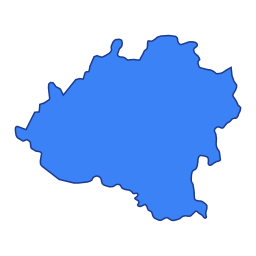 the border of Soria
{"feature_id": "ESP-5845", "entity_name": "Soria", "entity_type": "Autonomous Community", "adm_level": 1, "iso_a3": "ESP", "parent_name": "Spain", "parent_adm1": "", "projection": "orthographic", "projection_center": [-2.461, 41.603], "detail": "fine", "context": "isolated", "style": "filled", "palette": "blue", "viewbox_px": 256, "rotation_deg": 0, "n_neighbors": 0, "source": "natural_earth", "source_scale": "10m", "svg_char_len": 4343}
<svg xmlns="http://www.w3.org/2000/svg" viewBox="0 0 256 256"><path d="M231.1,67.4L232.0,75.7L233.9,81.2L236.6,85.0L236.6,86.3L236.4,87.7L235.9,89.1L235.3,90.4L234.6,91.5L233.2,94.0L232.8,95.5L233.3,96.8L234.2,97.9L236.3,101.2L237.4,103.4L237.7,104.6L238.4,105.6L239.3,106.1L240.6,107.7L240.3,110.1L239.8,111.6L238.9,113.2L237.9,116.1L236.8,117.6L235.7,118.3L234.5,118.2L233.2,118.5L231.9,119.2L230.5,120.9L229.3,121.9L226.9,123.2L224.7,125.9L223.9,127.0L223.1,127.8L222.0,128.1L219.6,127.3L218.6,126.8L217.8,126.9L217.2,127.0L216.5,127.5L215.8,128.0L214.8,129.1L214.5,130.3L214.6,131.5L214.9,132.6L215.6,133.4L216.4,138.2L216.1,144.2L216.6,147.0L217.4,149.0L218.3,150.0L219.0,151.2L219.5,152.7L220.4,160.0L219.7,160.6L218.6,161.1L217.3,161.4L216.1,161.8L214.0,163.0L211.7,164.7L210.6,165.2L209.5,165.2L208.7,164.6L208.2,163.6L208.3,162.4L208.4,161.0L208.4,159.7L208.2,158.4L207.6,157.4L206.7,156.7L204.5,156.0L200.6,155.4L199.2,156.2L198.5,157.4L198.1,158.7L197.9,160.0L197.9,161.3L197.7,162.9L197.0,166.7L196.3,168.1L195.5,169.2L194.6,169.8L193.7,170.1L192.9,170.8L192.1,172.0L191.4,175.2L191.2,180.9L192.3,183.2L192.8,184.1L193.1,185.2L194.1,191.7L194.4,198.1L194.9,199.4L195.8,200.2L196.9,200.6L199.3,201.0L200.5,201.0L201.8,201.4L202.9,201.9L205.7,204.1L206.8,205.5L206.9,208.1L205.8,212.5L206.0,215.7L206.4,216.8L206.1,217.7L205.3,218.1L204.3,217.8L203.5,217.0L202.8,216.0L202.0,215.1L198.8,213.1L197.8,212.2L197.1,211.4L196.0,211.1L195.0,211.8L190.8,215.8L189.6,216.2L188.4,216.2L185.4,215.8L183.1,216.2L181.6,217.1L180.1,218.4L178.4,219.2L176.5,219.8L173.3,220.5L171.5,220.2L169.2,218.9L168.2,218.1L166.6,217.6L165.1,218.1L160.9,220.3L159.1,220.2L155.6,218.7L154.2,217.8L153.3,216.7L152.7,215.4L152.0,212.9L151.5,211.9L150.6,211.3L149.1,210.5L148.4,210.1L148.1,209.6L147.6,208.7L147.3,207.6L146.8,206.4L146.2,205.3L145.0,204.5L143.9,204.9L142.5,205.6L140.4,206.5L139.0,206.3L138.0,205.8L137.6,204.9L138.8,203.0L138.9,201.9L138.2,200.7L135.9,199.4L134.9,198.6L135.1,197.9L137.1,196.5L137.7,195.4L138.0,194.5L137.3,193.4L136.2,193.3L135.0,193.4L133.9,193.7L132.9,193.2L132.2,192.3L131.1,191.1L129.0,190.1L125.9,189.6L123.6,188.9L122.1,188.1L121.4,187.0L120.7,185.8L119.7,184.6L118.0,184.4L116.7,184.4L115.5,185.0L114.3,185.8L112.9,186.6L109.7,186.8L104.8,185.4L103.3,184.6L102.2,183.5L101.5,181.1L101.3,179.9L100.9,178.6L100.2,177.4L98.0,176.2L96.4,176.0L94.9,176.5L93.8,177.0L93.0,177.9L92.3,178.9L91.9,180.0L89.8,181.3L87.0,182.0L78.4,183.0L73.9,183.0L59.1,179.4L42.0,166.2L40.6,164.3L40.3,161.4L41.5,154.0L41.5,153.2L41.0,152.5L40.1,151.8L35.7,151.0L31.6,148.5L31.1,147.8L30.8,146.9L30.4,142.9L30.1,142.1L28.8,140.7L27.3,139.9L26.3,139.7L23.9,140.9L22.9,141.0L17.7,137.9L16.7,136.6L16.1,135.1L15.5,131.5L15.4,128.7L15.6,127.5L16.3,126.7L17.3,126.4L26.0,129.6L34.7,112.3L39.2,111.9L39.8,104.4L44.1,103.0L49.0,99.8L49.4,99.3L49.7,98.6L48.5,87.9L48.7,84.2L50.5,82.5L53.0,82.8L55.0,85.3L55.5,86.2L56.1,86.8L59.5,88.5L60.4,89.2L63.3,95.1L75.7,79.7L79.6,78.6L83.2,79.1L85.0,73.1L85.5,72.3L86.5,71.8L87.7,71.8L88.7,71.6L89.3,70.0L90.0,66.1L94.1,56.7L96.9,55.7L101.9,57.3L105.8,55.4L109.3,53.3L110.8,51.7L111.5,50.2L111.4,48.9L111.2,47.7L111.3,46.5L111.6,45.3L112.3,43.9L112.8,42.5L114.3,40.5L115.8,39.6L119.2,39.3L120.5,39.7L121.6,40.3L121.9,41.3L122.1,42.5L122.2,43.7L121.7,46.2L121.0,47.2L119.4,48.9L118.9,49.9L118.6,51.2L118.1,52.4L117.7,53.7L117.5,54.9L118.1,56.0L120.0,57.0L122.0,57.0L123.5,57.3L124.9,57.9L127.3,59.8L128.3,60.0L128.7,60.0L129.3,59.8L133.9,59.5L137.6,60.0L139.9,59.9L140.0,59.6L140.2,59.1L140.5,58.2L141.9,56.0L143.3,53.3L143.8,51.9L144.5,50.9L145.3,50.1L146.0,49.6L146.7,49.0L147.2,48.1L147.5,45.8L147.6,43.1L147.7,41.9L148.1,41.0L148.9,40.9L151.5,41.3L152.7,40.8L155.6,38.8L157.2,37.3L160.6,36.1L168.6,35.5L175.1,36.3L176.3,36.9L177.0,37.6L177.4,38.7L177.7,39.9L177.7,41.1L178.2,42.4L179.0,43.6L180.2,44.5L181.6,44.5L188.7,42.0L191.0,41.8L193.3,41.9L195.3,42.4L196.6,43.3L197.2,44.3L197.2,45.5L196.6,46.5L195.7,47.3L194.7,47.9L193.9,48.7L193.7,49.9L193.8,51.1L194.3,52.4L195.0,53.5L198.0,56.0L199.3,58.2L199.6,59.2L199.7,59.6L199.6,59.8L199.3,60.0L198.8,60.5L198.2,61.3L198.0,62.4L198.1,63.6L198.8,66.1L199.5,67.2L200.8,67.9L207.9,69.7L210.0,69.8L213.2,71.2L214.5,72.1L215.8,73.4L217.1,73.7L220.2,73.4L221.6,73.0L222.9,72.4L225.1,71.0L226.2,70.2L231.1,67.4Z" fill="#3b82f6" stroke="#1e3a8a" stroke-width="1.5"/></svg>